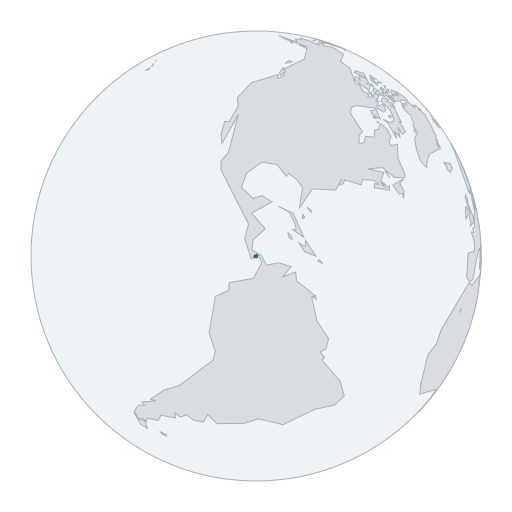 the Earth from above Coclé, rotated 42°
{"feature_id": "PAN-1336", "entity_name": "Coclé", "entity_type": "Province", "adm_level": 1, "iso_a3": "PAN", "parent_name": "Panama", "parent_adm1": "", "projection": "orthographic", "projection_center": [-80.432, 8.569], "detail": "fine", "context": "on_globe", "style": "filled", "palette": "teal", "viewbox_px": 512, "rotation_deg": 42, "n_neighbors": 0, "source": "natural_earth", "source_scale": "10m", "svg_char_len": 8297}
<svg xmlns="http://www.w3.org/2000/svg" viewBox="0 0 512 512"><g transform="rotate(42 256 256)"><circle cx="256" cy="256" r="225" fill="#eef3f6" stroke="#a8b0b8"/><path d="M264.8,257.0L259.4,254.6L254.2,261.3L235.8,250.5L229.1,237.2L172.2,215.4L166.3,208.6L166.3,197.7L148.0,162.2L155.6,195.3L148.3,188.7L142.7,176.8L146.1,174.0L142.7,157.0L136.3,150.6L136.7,130.3L151.2,106.0L153.1,109.8L156.3,104.1L154.2,99.4L151.9,97.8L160.2,77.3L155.3,67.8L146.6,70.3L154.2,66.1L132.8,75.2L125.5,76.8L138.1,71.9L142.9,69.2L140.1,68.3L144.4,65.4L145.5,63.6L150.9,60.5L157.8,58.7L161.4,56.9L159.3,56.4L163.3,53.6L165.9,54.4L173.1,49.7L186.1,47.5L188.7,54.9L200.3,53.6L214.7,61.7L217.8,59.3L225.3,61.9L231.6,60.3L232.5,63.0L236.8,59.6L234.8,57.5L236.0,55.5L239.6,54.6L241.3,57.6L239.8,58.5L242.1,58.9L241.5,60.9L243.8,59.4L245.5,63.6L249.1,58.3L254.9,60.7L254.5,63.8L247.7,64.9L229.8,77.2L227.4,81.9L230.8,86.8L251.9,92.4L252.0,97.5L257.3,103.4L260.4,99.5L257.4,93.7L264.4,88.6L259.9,82.8L262.1,80.2L260.2,74.3L268.0,73.9L276.5,77.0L278.5,82.1L282.3,83.9L286.4,78.4L295.9,88.2L312.2,95.7L313.9,98.8L306.2,104.9L290.9,105.6L281.0,116.2L295.0,108.4L298.8,117.4L302.6,118.8L306.8,118.2L308.3,114.6L311.2,117.8L298.4,126.0L295.6,123.2L299.7,120.4L292.5,121.1L284.0,128.0L286.6,132.7L270.9,140.1L272.5,143.8L270.0,147.9L268.4,141.3L271.0,153.7L253.0,168.4L256.2,191.5L244.8,173.9L235.8,172.1L225.0,172.7L225.3,176.4L210.6,173.9L197.7,182.1L193.6,200.6L199.1,214.7L215.4,215.1L220.0,207.0L231.8,205.2L224.0,227.0L244.7,229.7L243.0,246.0L249.1,254.3L259.3,251.9L270.0,255.7L277.3,246.0L289.2,240.4L289.8,253.6L296.1,241.3L302.9,247.4L326.4,245.8L324.7,249.0L344.6,263.5L365.3,268.9L370.1,278.2L367.7,284.3L374.7,285.4L374.8,289.3L402.0,292.7L415.1,300.8L414.2,314.2L402.2,330.7L388.9,363.3L366.7,375.3L359.4,388.0L339.3,406.6L326.1,406.1L328.2,414.3L319.6,419.8L310.5,420.5L307.6,426.4L300.9,426.7L304.4,430.3L291.9,437.9L293.5,443.6L283.9,449.3L285.3,452.4L282.2,452.4L278.6,453.6L277.8,455.4L269.2,452.6L268.5,445.4L272.9,441.5L268.9,440.9L278.3,430.7L273.4,432.9L277.4,417.1L285.7,403.4L293.8,362.4L289.5,354.1L272.8,344.7L252.8,313.2L258.6,299.9L254.0,293.7L269.0,274.5L264.8,257.0ZM49.9,191.9L51.5,186.8L51.5,190.1L49.9,191.9ZM51.8,183.6L51.4,185.3L51.6,183.9L51.8,183.6ZM51.5,182.5L51.7,183.3L51.3,182.9L51.5,182.5ZM50.9,181.7L51.3,181.9L51.2,182.1L50.9,181.7ZM255.3,199.5L279.0,210.1L265.9,211.9L268.3,209.7L262.3,205.2L251.1,201.2L239.4,204.0L255.3,199.5ZM50.8,178.9L50.8,178.1L51.3,177.7L50.8,178.9ZM265.2,186.3L261.1,185.6L265.1,185.3L265.2,186.3ZM150.2,97.7L153.7,99.7L154.1,105.4L150.7,103.9L150.2,97.7ZM150.1,88.1L152.9,87.8L149.0,93.1L148.6,91.5L150.1,88.1ZM139.4,73.1L141.4,73.6L138.0,74.2L139.4,73.1ZM144.7,63.9L142.8,64.8L144.2,63.5L144.7,63.9ZM256.1,75.0L258.1,74.7L257.4,75.9L256.1,75.0ZM253.4,73.0L251.2,74.7L249.5,74.0L251.0,72.9L253.4,73.0ZM153.7,57.8L156.5,55.8L154.8,57.5L153.7,57.8ZM256.6,71.1L246.9,72.6L244.1,71.4L247.2,66.6L256.6,71.1ZM158.9,54.5L165.7,50.4L162.0,51.8L176.3,46.1L165.8,51.0L164.3,52.7L162.4,52.9L158.9,54.5ZM232.6,57.3L234.9,59.4L229.7,58.6L232.6,57.3ZM229.0,57.4L211.2,59.0L209.6,55.9L215.9,55.8L211.2,52.9L219.1,50.5L223.5,51.6L223.0,53.9L226.4,51.3L229.0,57.4ZM183.0,43.9L185.7,42.9L184.2,43.7L183.0,43.9ZM236.1,54.7L232.7,55.1L231.0,52.3L237.6,51.1L236.0,52.3L236.1,54.7ZM206.1,53.6L206.0,51.6L212.4,49.1L213.3,48.0L219.2,50.2L206.1,53.6ZM238.2,52.5L241.0,50.6L245.0,51.2L239.4,54.2L238.2,52.5ZM227.8,52.3L227.4,51.0L229.8,51.2L227.8,52.3ZM260.8,53.1L256.8,53.1L255.6,51.6L260.8,53.1ZM241.8,49.9L240.4,49.7L239.5,49.3L242.1,48.2L241.8,49.9ZM223.3,48.5L226.0,48.0L221.2,47.4L225.8,45.8L228.9,47.7L229.5,46.3L230.9,45.8L231.9,48.0L223.3,48.5ZM241.9,46.0L247.5,48.5L255.3,48.4L256.6,49.6L243.8,49.6L241.9,46.0ZM236.0,46.9L240.0,46.5L239.5,48.0L236.5,49.2L236.0,46.9ZM227.8,44.2L219.9,46.1L219.5,45.7L227.8,44.2ZM244.3,45.6L242.9,45.0L244.9,45.4L244.3,45.6ZM233.0,44.2L230.3,44.8L229.9,44.3L233.0,44.2ZM242.4,43.6L244.2,44.3L242.2,45.0L242.4,43.6ZM238.2,43.6L238.3,42.8L240.4,44.8L237.0,43.9L238.2,43.6ZM233.1,43.6L231.9,43.5L234.3,43.4L233.1,43.6ZM248.9,40.8L252.1,43.3L247.7,44.7L245.2,42.0L248.9,40.8ZM283.1,458.4L269.7,453.7L277.4,455.8L284.0,453.0L290.5,456.5L283.1,458.4ZM301.8,450.8L308.7,448.9L310.0,449.7L305.6,451.2L301.8,450.8ZM419.1,100.6L412.9,95.0L417.6,99.7L424.2,106.1L426.1,108.3L426.1,108.2L432.4,115.9L427.6,110.0L417.0,100.5L419.5,106.6L432.9,128.4L432.2,132.2L426.9,130.9L411.8,112.0L415.0,105.8L409.7,100.1L400.2,94.1L402.0,93.1L398.6,90.2L398.9,88.1L390.8,79.6L389.9,77.4L378.3,69.3L376.3,67.3L383.7,72.5L388.4,75.3L385.0,71.4L381.9,69.2L374.7,64.5L390.5,75.3L405.3,87.3L419.1,100.6ZM370.9,62.2L368.1,60.6L367.1,60.0L370.9,62.2ZM363.1,57.8L363.9,58.4L355.4,54.0L347.2,50.1L344.8,49.1L358.1,55.7L363.1,58.4L366.9,60.2L380.9,69.0L383.8,71.6L370.4,63.9L373.1,67.1L361.5,60.6L332.6,45.0L324.9,41.7L326.8,42.1L345.3,49.2L363.1,57.8ZM181.8,43.3L179.1,44.3L179.6,44.1L183.5,42.8L176.3,46.1L162.0,51.8L161.6,51.7L153.0,56.0L153.1,55.6L152.8,55.7L167.1,49.0L181.8,43.3ZM481.2,263.7L481.2,260.8L481.0,243.9L480.5,238.1L480.2,241.6L479.0,234.7L478.3,235.7L470.2,249.2L464.4,241.5L449.8,214.2L448.9,200.6L443.0,186.9L432.2,133.1L436.3,133.3L435.1,120.9L436.1,121.5L443.2,131.7L446.1,135.2L454.7,149.8L462.1,164.9L468.3,180.6L473.4,196.8L477.2,213.2L479.8,229.9L481.1,246.8L481.2,263.7ZM443.4,157.7L445.5,161.9L443.4,157.7ZM327.1,245.6L330.0,248.0L326.3,248.3L327.1,245.6ZM264.3,217.3L269.2,217.5L271.8,219.4L268.1,220.2L264.3,217.3ZM305.3,216.2L310.8,217.1L305.1,218.4L305.3,216.2ZM282.7,211.4L300.8,216.0L289.7,220.2L278.3,217.6L286.1,216.2L282.7,211.4ZM263.2,193.9L266.4,194.7L265.5,197.1L263.2,193.9ZM268.1,186.3L266.9,186.5L265.2,184.6L268.1,186.3ZM299.6,116.9L300.7,116.4L305.1,116.5L303.2,118.1L299.6,116.9ZM322.9,109.0L327.1,114.5L322.9,111.4L321.1,114.2L310.2,111.7L314.1,100.3L314.3,105.7L322.9,109.0ZM296.6,106.2L303.1,108.4L295.8,106.5L296.6,106.2ZM379.1,78.9L382.1,79.6L386.1,83.1L387.2,87.8L381.4,82.6L379.1,78.9ZM385.3,80.1L371.7,72.2L370.4,69.6L373.5,72.3L374.0,71.3L379.0,75.5L391.1,81.5L395.5,85.1L395.2,90.6L392.9,86.5L390.1,85.8L385.3,80.1ZM339.1,62.6L333.2,60.8L338.2,57.2L343.1,59.5L344.6,63.7L339.6,63.7L339.1,62.6ZM263.9,63.1L261.3,63.8L260.8,62.8L262.6,61.4L263.9,63.1ZM259.0,53.2L274.6,59.4L272.5,60.4L284.2,63.7L283.1,67.7L275.5,65.3L283.4,71.3L276.1,70.8L282.1,74.7L265.4,68.9L259.2,69.2L266.5,67.2L267.8,63.4L266.4,61.8L258.0,57.8L245.2,57.3L244.3,54.0L247.1,51.8L250.1,51.4L249.7,53.5L253.9,51.5L255.6,54.4L259.0,53.2ZM280.6,37.2L278.9,38.3L287.7,37.7L289.4,39.3L290.3,39.2L294.3,40.7L300.8,42.5L300.5,43.3L303.2,43.7L305.9,45.0L309.4,45.9L310.2,47.9L314.5,49.3L312.4,49.5L319.7,51.6L314.7,51.0L317.7,53.0L321.0,52.5L316.9,63.9L319.1,70.3L323.7,76.2L314.4,75.3L304.2,69.5L294.9,62.3L294.1,56.8L290.1,57.7L288.5,55.5L292.4,55.7L285.5,54.2L285.3,52.5L277.0,48.1L267.2,47.7L263.9,46.4L267.6,45.7L261.8,45.0L266.5,43.0L264.3,42.2L266.8,39.8L275.2,39.5L272.0,38.7L273.7,37.2L280.6,37.2ZM249.9,40.1L259.5,38.7L265.2,39.2L258.6,43.3L259.9,44.3L255.9,47.7L247.7,47.2L249.6,46.2L249.6,45.2L252.1,45.7L250.0,44.5L252.6,43.3L251.7,42.1L255.1,41.9L249.9,40.1ZM433.0,117.1L433.0,116.8L432.0,115.4L436.0,120.5L433.0,117.1ZM426.1,110.6L425.5,109.4L430.6,115.2L430.6,115.8L426.1,110.6ZM420.7,104.1L425.0,108.9L422.7,106.6L420.7,104.1ZM382.7,71.4L381.5,70.2L383.1,71.1L385.7,73.1L382.7,71.4ZM307.0,38.1L305.1,38.1L303.7,37.7L296.5,36.8L294.6,35.8L298.2,36.0L307.0,38.1ZM303.7,36.9L301.0,36.6L301.8,36.4L303.7,36.9ZM292.9,35.2L293.0,34.8L293.5,35.6L292.9,35.2ZM283.1,32.5L286.8,33.0L286.1,33.1L283.1,32.5ZM184.3,43.2L185.6,43.0L183.1,43.8L184.3,43.2Z" fill="#d9dde1" stroke="#a8b0b8" stroke-width="1"/><path d="M257.5,256.7L257.4,256.8L257.2,256.9L256.9,257.0L256.6,257.1L256.4,257.1L256.2,257.0L255.9,257.4L255.8,257.8L255.7,257.8L255.4,257.7L255.2,257.7L255.1,257.8L255.0,257.7L254.8,257.6L254.9,257.3L255.0,257.1L254.9,256.9L254.7,256.5L254.6,256.3L254.6,256.2L254.8,255.9L255.0,255.7L255.0,255.4L255.1,255.2L255.3,255.2L255.5,255.2L255.6,254.9L255.6,254.6L256.0,254.7L256.1,254.8L256.3,254.8L256.4,254.7L256.7,254.5L256.8,254.4L256.9,254.2L257.0,254.2L257.0,254.3L257.1,254.5L257.0,254.8L257.0,255.0L257.1,255.3L257.2,255.7L257.3,255.8L257.3,256.1L257.3,256.4L257.4,256.5L257.5,256.7Z" fill="#14b8a6" stroke="#0f766e" stroke-width="1.5"/></g></svg>